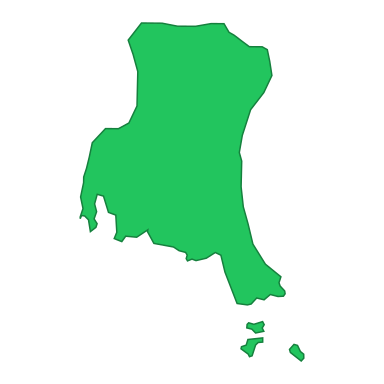 the district of Kwaksan, P'yŏngan-bukto, North Korea
{"feature_id": "82179303B20796163774072", "entity_name": "Kwaksan", "entity_type": "district", "adm_level": 2, "iso_a3": "PRK", "parent_name": "North Korea", "parent_adm1": "P'yŏngan-bukto", "projection": "orthographic", "projection_center": [125.081, 39.675], "detail": "fine", "context": "isolated", "style": "filled", "palette": "green", "viewbox_px": 384, "rotation_deg": 0, "n_neighbors": 0, "source": "geoboundaries", "source_scale": "gbopen_adm2", "svg_char_len": 1560}
<svg xmlns="http://www.w3.org/2000/svg" viewBox="0 0 384 384"><path d="M267.3,49.7L262.2,46.8L249.3,46.7L241.7,41.0L234.1,35.2L229.0,32.3L224.0,23.7L211.1,23.6L195.6,26.3L177.5,26.2L162.1,23.2L141.5,23.0L128.2,40.1L133.1,54.4L137.8,71.6L137.4,88.8L137.0,106.0L128.9,123.0L118.4,128.7L105.5,128.6L92.3,142.7L89.3,157.0L86.5,168.4L83.7,177.0L83.6,182.7L80.6,197.0L83.0,208.5L80.2,217.0L80.2,218.7L81.5,215.6L84.6,215.9L88.5,219.8L90.4,231.6L95.9,227.4L97.1,223.7L94.1,218.9L96.6,211.7L94.6,203.9L97.2,194.3L103.5,196.1L108.5,212.4L115.8,215.1L116.8,232.3L114.2,238.6L121.8,241.6L125.7,236.2L136.7,237.2L138.8,235.8L147.8,229.8L147.5,231.7L153.9,243.4L173.5,247.0L179.1,250.7L185.6,252.4L187.2,255.1L186.2,258.6L187.5,260.9L192.0,259.1L196.0,260.6L206.3,258.2L215.3,252.5L220.9,255.2L225.0,272.2L225.4,273.2L237.1,303.5L247.4,304.9L251.2,304.0L256.7,298.0L264.1,299.8L270.3,294.5L278.0,296.5L283.4,296.2L285.1,293.8L284.7,291.0L280.1,286.0L279.0,282.7L280.9,276.8L265.4,264.2L252.9,244.1L248.1,224.1L243.3,206.9L241.1,186.8L241.7,161.1L239.3,152.5L242.3,135.4L250.6,109.7L263.8,92.6L271.9,75.5L269.7,61.2L267.3,49.7ZM252.1,355.8L255.6,345.0L258.2,342.5L262.7,342.1L262.7,337.9L247.9,339.5L246.2,345.1L241.5,346.7L241.0,348.8L248.2,354.1L249.5,356.7L252.1,355.8ZM303.8,358.2L303.7,354.2L300.4,351.5L297.5,345.4L294.0,344.4L289.5,349.4L290.4,352.5L301.2,361.0L303.8,358.2ZM262.6,321.6L253.9,324.3L248.7,322.8L247.1,324.4L246.8,327.9L251.9,329.2L255.6,333.0L263.8,331.3L262.2,328.0L264.2,324.7L262.6,321.6Z" fill="#22c55e" stroke="#15803d" stroke-width="1.5"/></svg>